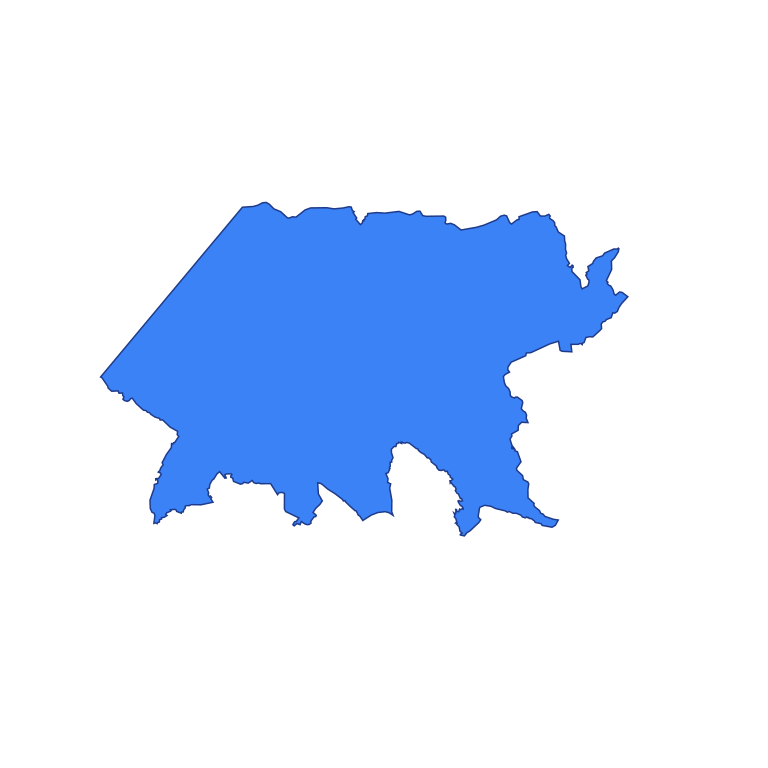 outline of Koinadugu, Northern, Sierra Leone, rotated 310°
{"feature_id": "65957751B98964407864499", "entity_name": "Koinadugu", "entity_type": "district", "adm_level": 2, "iso_a3": "SLE", "parent_name": "Sierra Leone", "parent_adm1": "Northern", "projection": "albers", "projection_center": [-11.318, 9.329], "detail": "fine", "context": "isolated", "style": "filled", "palette": "blue", "viewbox_px": 768, "rotation_deg": 310, "n_neighbors": 0, "source": "geoboundaries", "source_scale": "gbopen_adm2", "svg_char_len": 6159}
<svg xmlns="http://www.w3.org/2000/svg" viewBox="0 0 768 768"><g transform="rotate(310 384 384)"><path d="M635.8,478.5L638.6,477.0L638.7,476.2L637.1,475.8L635.2,473.3L626.0,468.8L622.7,469.1L617.0,465.5L612.7,465.6L610.4,466.4L605.1,464.7L602.3,468.1L599.3,467.3L598.7,468.9L597.1,468.6L595.3,472.6L595.4,474.0L594.0,475.5L590.1,477.1L584.2,474.6L585.1,472.3L589.8,467.2L591.0,455.6L593.5,453.4L595.0,453.9L596.1,452.8L596.0,451.7L592.9,451.5L592.6,448.4L595.6,448.5L597.3,443.4L599.5,440.3L601.6,439.8L603.7,436.6L608.0,433.1L609.8,430.4L613.3,427.1L612.5,419.8L615.0,414.8L615.0,413.1L617.1,411.2L617.8,408.9L617.4,404.5L618.3,403.5L619.5,403.4L619.9,401.2L615.9,399.2L613.2,395.8L614.5,390.5L611.2,387.1L598.9,379.9L597.0,381.7L595.3,380.4L588.5,378.9L588.4,376.5L591.6,369.9L590.6,367.6L587.4,365.4L582.1,364.7L570.0,358.5L563.6,354.2L551.5,344.0L551.2,335.7L550.0,331.9L546.7,329.1L546.8,327.1L549.2,326.1L551.4,324.0L551.1,321.9L539.4,308.3L537.9,305.4L539.5,300.4L537.3,298.1L532.7,296.7L530.0,294.9L525.8,284.5L515.5,274.9L510.5,268.1L504.1,262.0L502.1,263.2L500.2,262.1L497.8,263.4L496.7,262.8L496.0,263.6L495.3,262.8L493.4,263.9L490.9,263.5L492.1,256.4L493.6,256.4L495.4,250.2L496.8,250.4L496.6,248.2L498.5,245.2L497.3,243.2L492.6,239.6L486.0,233.1L482.2,226.8L471.7,214.6L466.7,211.7L455.2,209.3L453.3,206.4L450.0,204.5L449.2,203.3L449.6,194.1L447.4,187.2L448.0,180.7L447.4,177.1L444.8,174.5L440.0,172.5L436.0,169.8L428.4,161.9L207.2,162.4L207.5,163.9L204.7,173.9L203.6,175.2L203.4,180.0L207.8,184.8L206.6,186.9L209.0,189.5L207.3,191.3L206.9,193.1L204.5,193.8L204.5,195.9L205.8,198.6L207.6,199.4L209.9,199.3L211.3,200.3L209.7,206.9L209.3,216.4L210.7,218.9L210.3,220.9L211.4,222.8L210.9,224.8L211.5,229.9L213.4,234.2L212.5,235.6L214.2,237.5L213.5,248.0L215.1,256.3L212.3,258.1L211.9,260.5L204.5,261.3L203.8,260.5L202.3,260.8L201.8,259.6L198.5,262.0L190.3,262.6L181.1,264.6L180.2,266.7L175.8,267.0L173.8,267.9L171.4,267.7L172.1,270.1L171.4,271.5L166.8,272.0L164.7,270.0L163.8,270.9L165.2,271.3L165.0,272.3L163.3,274.0L162.1,274.4L159.4,272.6L156.2,275.0L144.6,279.4L138.3,285.1L136.6,288.8L137.3,291.1L135.9,293.1L129.3,297.3L130.8,298.2L131.2,300.0L132.3,299.7L133.9,300.6L135.8,299.3L137.6,300.4L138.5,299.5L140.7,301.3L143.8,302.3L143.8,300.7L145.5,300.3L149.5,302.3L150.4,302.2L150.5,301.3L153.7,304.6L153.8,306.3L153.1,307.0L154.7,311.7L155.5,311.1L156.9,312.4L159.0,311.4L161.2,311.4L162.6,310.3L164.0,311.0L165.8,313.1L167.5,313.7L173.9,321.5L183.5,329.0L184.7,325.2L186.3,324.9L186.6,323.1L185.3,323.1L186.3,320.2L187.8,319.8L189.9,316.1L192.0,317.1L195.1,315.1L199.8,314.2L201.8,314.7L207.8,313.8L211.2,314.5L209.6,322.7L210.6,323.5L212.1,320.4L213.7,321.0L216.9,324.5L216.7,325.8L215.1,325.7L214.1,326.7L214.7,328.5L212.7,331.3L215.0,338.4L216.9,339.8L218.5,339.7L220.8,343.7L225.4,345.1L224.7,347.6L225.6,350.0L227.4,351.5L228.4,353.7L234.8,361.2L230.8,373.6L233.0,373.4L235.4,375.5L236.2,378.1L224.3,388.0L223.1,390.7L226.7,404.9L222.3,405.1L221.2,404.1L219.1,404.3L217.6,404.7L217.6,406.4L221.1,407.0L222.3,410.1L225.5,409.1L225.9,413.2L226.9,415.6L228.4,417.0L230.5,417.5L232.0,416.1L237.2,415.8L238.5,416.9L239.9,416.5L240.0,412.2L244.8,411.6L250.4,412.3L254.8,411.9L257.6,404.4L265.7,396.7L267.1,399.4L267.4,401.7L267.3,408.2L268.5,417.1L268.9,426.1L268.3,428.1L269.6,429.1L269.0,430.2L268.5,437.4L268.3,443.2L269.0,444.2L267.0,448.6L267.3,450.3L265.8,455.5L275.4,458.5L281.6,461.9L287.0,467.0L288.7,470.8L289.2,475.4L291.1,472.0L300.0,464.7L307.9,455.3L311.8,453.3L310.9,450.0L314.1,447.9L316.6,443.0L318.8,444.2L323.1,442.9L323.2,442.0L324.9,441.7L328.0,439.0L329.1,440.1L330.5,438.9L333.3,438.3L336.1,434.0L338.7,431.6L342.5,431.8L343.8,433.3L346.4,432.0L347.5,432.9L348.7,432.7L349.8,435.7L350.8,434.7L351.3,436.6L352.5,438.4L353.9,439.0L355.0,441.5L355.3,450.2L356.1,451.7L355.3,452.9L355.2,456.0L356.0,460.3L355.2,464.7L356.1,465.3L356.0,468.7L354.7,470.3L354.9,477.0L353.8,478.4L353.3,481.5L354.6,483.5L356.7,484.8L356.4,487.3L357.8,488.6L356.3,491.1L356.4,493.5L355.3,494.6L355.4,497.8L353.1,497.6L352.3,496.7L350.7,498.4L351.6,498.4L350.6,503.6L351.0,504.4L349.9,506.8L348.2,507.1L347.3,509.9L347.5,512.0L345.3,516.2L346.1,517.2L344.9,519.2L343.2,517.9L343.0,516.5L342.2,515.9L341.4,516.6L340.0,520.8L340.5,521.7L339.6,524.8L338.9,525.1L338.5,524.0L337.0,523.5L336.8,522.3L334.2,523.3L333.2,521.5L334.4,520.4L334.1,519.0L333.8,520.1L330.9,522.2L330.3,522.0L330.2,520.5L329.1,522.6L327.4,523.2L327.1,525.4L325.2,528.3L323.5,528.2L324.3,529.6L323.3,529.7L322.8,533.5L320.1,536.7L320.0,539.6L317.8,539.1L317.4,539.6L319.3,543.2L323.2,543.1L327.0,544.3L338.6,545.7L342.2,545.4L342.5,542.1L343.5,541.0L350.2,537.0L351.3,536.7L355.8,539.1L359.0,544.4L360.3,549.5L364.7,558.3L365.1,560.8L367.0,562.2L367.7,565.5L370.2,568.8L371.5,573.1L371.1,575.5L372.2,578.2L373.9,578.8L373.7,579.6L374.7,580.5L374.3,581.6L375.6,583.6L375.8,587.1L375.2,588.9L378.0,594.2L377.3,596.0L382.3,604.8L385.9,606.1L391.8,604.9L389.2,600.6L386.0,592.3L386.6,589.5L385.7,587.1L387.0,584.4L386.8,578.9L387.3,576.7L389.0,575.8L389.4,567.5L395.7,562.0L400.5,559.1L401.4,557.1L400.3,552.3L402.9,549.0L403.3,541.3L404.6,539.6L412.5,538.9L417.9,529.7L417.0,527.2L418.1,526.4L418.8,523.3L417.5,524.6L416.8,523.3L419.2,521.5L422.7,516.0L426.4,515.4L427.7,513.8L434.8,516.5L438.5,513.6L443.1,514.0L447.0,519.1L449.2,514.9L451.8,513.2L453.2,510.5L452.8,507.7L453.4,505.0L459.0,502.2L460.1,500.4L459.7,494.5L458.4,493.1L457.1,493.1L456.2,490.1L456.4,488.1L459.0,485.7L460.6,482.4L460.8,478.4L462.5,475.3L466.4,470.7L469.2,470.7L473.8,472.5L474.4,469.8L476.6,468.1L482.5,467.4L496.8,474.4L499.2,473.1L502.5,476.4L521.3,485.2L528.9,490.2L523.0,497.3L523.6,499.5L529.4,507.2L534.5,501.7L539.0,507.0L541.5,508.5L541.6,510.5L542.7,509.8L544.4,510.6L549.4,508.8L552.2,510.9L554.3,513.7L564.1,515.0L566.3,515.1L569.5,511.9L572.3,511.7L574.1,513.0L576.5,513.0L580.8,515.4L585.7,513.5L586.6,515.2L589.6,516.1L593.5,514.8L598.1,514.3L607.6,514.7L607.2,507.5L605.9,505.3L600.9,504.4L600.9,502.4L603.3,498.9L604.8,494.7L604.1,492.3L604.8,490.1L605.9,490.1L606.1,487.9L618.0,484.8L624.5,479.1L628.9,479.5L635.8,478.5Z" fill="#3b82f6" stroke="#1e3a8a" stroke-width="1.5"/></g></svg>